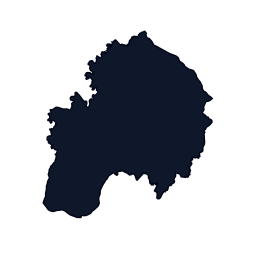 Can Loc, Ha Tinh, Vietnam (Robinson projection), rotated 192°
{"feature_id": "81297802B44635779635670", "entity_name": "Can Loc", "entity_type": "district", "adm_level": 2, "iso_a3": "VNM", "parent_name": "Vietnam", "parent_adm1": "Ha Tinh", "projection": "robinson", "projection_center": [105.744, 18.444], "detail": "fine", "context": "isolated", "style": "filled", "palette": "ink", "viewbox_px": 256, "rotation_deg": 192, "n_neighbors": 0, "source": "geoboundaries", "source_scale": "gbopen_adm2", "svg_char_len": 5847}
<svg xmlns="http://www.w3.org/2000/svg" viewBox="0 0 256 256"><g transform="rotate(192 128 128)"><path d="M195.3,37.1L189.1,31.7L187.9,31.1L185.2,30.7L183.2,31.0L180.7,32.5L175.0,34.4L171.9,33.6L169.9,32.5L166.2,31.0L159.1,30.0L155.6,30.7L155.2,32.9L152.6,33.2L150.5,33.9L146.8,36.8L146.5,37.9L145.7,39.3L144.5,40.5L141.0,45.6L140.5,48.4L142.1,52.7L142.0,55.8L141.6,57.5L142.1,60.3L142.1,61.7L140.7,67.5L138.7,72.9L137.9,74.0L137.1,77.0L133.7,80.7L132.9,81.2L132.0,81.2L131.6,80.6L131.1,80.8L131.1,80.3L130.6,80.4L129.7,79.5L128.8,79.7L128.4,80.6L128.8,81.0L129.0,82.6L128.3,83.6L126.9,84.0L124.8,85.0L120.1,83.8L119.6,84.1L118.7,83.7L118.3,83.0L116.6,82.4L115.5,82.9L114.1,84.2L112.4,84.0L111.2,83.1L109.0,79.3L108.3,78.9L103.3,87.2L102.2,86.9L101.2,87.3L98.3,86.1L97.4,83.1L96.7,82.9L95.0,78.6L93.3,77.5L93.2,78.3L93.0,78.5L92.7,77.7L91.7,77.5L91.8,78.7L90.9,78.8L90.6,79.2L89.5,79.3L89.3,78.5L88.7,78.4L88.5,78.7L88.9,79.3L87.7,80.1L87.3,78.9L89.0,72.0L85.8,70.9L85.9,69.4L85.4,68.8L85.4,66.4L85.0,65.4L84.1,65.0L82.5,65.5L81.8,66.8L81.2,69.4L79.8,73.4L78.3,73.4L78.1,74.9L76.8,75.1L76.3,76.7L76.4,78.4L76.0,80.0L75.4,80.4L74.0,80.8L73.2,82.7L71.6,84.1L71.4,85.6L72.7,87.5L71.5,90.4L72.0,94.3L67.5,93.7L65.9,91.4L61.6,91.7L61.4,92.7L60.4,93.4L59.9,93.2L60.0,92.5L59.9,92.2L59.0,92.7L58.8,94.2L57.8,95.4L58.1,95.9L58.7,95.5L59.1,95.7L58.2,97.9L58.4,98.7L58.1,99.4L58.4,99.9L58.9,100.2L59.2,101.2L59.6,101.7L59.5,102.7L60.0,103.4L59.1,103.8L58.2,105.9L58.6,107.3L59.7,107.7L59.6,109.2L58.4,110.4L58.5,111.6L59.2,111.0L59.4,111.4L59.0,112.7L58.5,113.0L58.0,112.6L57.5,113.0L56.0,112.8L55.4,113.3L53.9,113.3L53.5,113.6L52.7,113.3L52.4,114.9L51.9,115.3L52.5,115.8L52.3,116.5L53.0,118.0L52.5,119.0L51.9,119.2L50.2,120.8L50.4,123.3L50.6,123.6L50.8,125.0L50.0,127.4L50.1,129.8L52.5,138.3L52.0,139.9L53.3,141.6L52.9,142.7L51.9,142.8L51.8,144.7L48.6,148.1L47.9,149.7L47.2,150.5L47.1,151.1L47.5,152.6L48.1,153.2L50.8,153.9L52.0,155.3L53.7,155.2L54.5,156.2L57.4,157.5L58.7,158.3L57.5,161.6L58.5,164.4L57.5,169.3L56.6,170.4L54.7,171.2L53.5,172.1L51.8,174.4L53.9,175.7L55.8,176.4L57.5,177.4L58.3,178.4L60.1,179.4L61.4,179.7L62.2,180.3L63.3,181.6L64.6,185.1L65.9,186.4L66.8,187.8L69.4,189.9L71.7,192.3L72.6,194.4L75.7,197.5L76.8,197.9L81.0,198.2L85.3,200.1L86.1,201.3L87.1,202.1L89.2,203.2L91.3,203.8L93.6,207.2L96.1,208.4L102.7,209.4L117.6,213.9L120.2,214.4L120.5,215.1L122.9,217.7L125.7,219.8L126.3,220.0L127.5,219.7L128.6,220.8L130.0,222.8L129.8,224.4L131.6,226.0L132.3,225.9L133.0,224.9L134.6,224.4L135.2,223.5L136.0,223.0L136.9,221.4L137.3,218.9L138.7,219.2L141.2,218.9L143.0,217.7L143.1,216.6L142.8,216.1L143.9,215.1L144.0,214.4L144.6,213.8L144.3,213.1L144.7,212.4L144.6,211.8L144.8,211.5L144.7,210.6L144.1,210.3L144.8,209.5L144.9,209.0L145.4,209.0L145.5,208.5L145.8,209.0L146.0,208.3L146.3,208.4L146.5,208.1L146.8,208.4L147.0,208.1L147.5,208.4L151.6,208.5L151.7,207.8L152.1,207.6L153.6,208.1L158.4,211.5L159.5,210.8L159.7,209.5L160.4,209.5L160.7,208.9L161.5,208.7L160.7,207.9L161.0,206.6L161.7,205.9L161.2,205.4L161.7,204.2L163.1,205.5L162.8,206.1L163.0,206.3L165.4,205.8L165.4,205.2L166.0,204.7L165.6,204.5L165.6,204.0L165.0,204.2L164.2,203.7L164.3,203.2L163.9,202.5L164.5,202.1L164.8,201.2L164.4,200.0L164.8,199.3L163.9,199.1L164.4,198.0L164.4,197.4L164.9,197.2L165.2,196.4L165.9,197.3L165.9,196.6L166.7,196.8L167.1,197.5L167.7,197.1L169.0,197.1L168.9,196.6L169.6,195.7L169.3,195.0L169.6,194.2L168.9,194.0L168.7,193.2L168.1,192.6L168.6,192.2L168.5,191.7L169.3,191.0L171.6,191.3L173.0,192.0L173.4,191.9L173.4,191.5L172.9,190.7L173.7,189.8L172.9,188.5L172.8,186.6L173.1,185.3L173.6,184.5L174.5,184.3L177.0,186.4L179.2,185.4L180.3,182.4L180.1,181.9L178.9,181.6L178.0,180.8L177.8,180.3L178.0,178.7L177.0,177.0L176.3,176.4L174.4,175.9L173.9,174.1L174.1,173.4L174.8,172.9L176.2,174.0L177.0,174.1L179.4,173.7L180.1,173.3L181.0,170.8L180.7,170.3L179.0,169.7L178.9,169.1L179.4,167.7L179.1,167.2L178.7,167.1L177.4,167.8L176.0,169.5L175.5,169.7L175.0,169.4L172.9,167.8L172.6,167.2L172.8,165.7L172.4,163.4L173.6,161.6L173.7,160.8L172.7,160.5L171.6,160.9L170.8,160.8L170.6,160.1L171.1,158.3L170.5,157.9L169.6,158.3L168.5,160.7L167.6,161.0L167.1,160.6L166.6,158.4L165.1,157.6L164.8,156.9L164.9,156.1L166.6,153.4L167.3,153.1L168.8,153.3L169.4,152.7L169.3,150.9L167.5,150.2L167.3,149.5L167.8,148.8L170.1,148.8L171.0,148.0L171.4,146.2L170.2,143.6L170.7,140.2L171.1,139.8L171.6,139.8L173.0,140.2L173.6,140.8L173.4,143.5L174.0,145.3L174.6,145.5L176.4,145.0L177.1,145.2L182.2,149.7L185.5,152.0L186.4,152.1L187.0,151.2L186.4,148.8L186.6,148.0L187.3,147.6L189.5,147.2L190.3,146.4L190.6,145.6L190.4,144.3L189.8,143.6L186.6,143.1L186.1,142.7L186.2,142.2L187.7,140.9L188.1,140.1L187.5,138.4L187.3,137.0L187.6,135.5L188.2,133.9L189.0,133.5L191.5,133.9L195.5,133.0L200.7,133.6L201.2,133.3L202.6,133.4L205.7,130.2L207.8,129.6L207.7,129.2L206.6,127.7L206.4,126.9L206.7,126.5L208.4,125.9L208.9,125.1L208.6,124.5L207.1,123.8L206.6,121.7L206.7,121.1L208.0,119.6L207.9,118.8L205.8,118.6L205.1,117.2L204.6,116.8L204.1,117.2L203.7,117.8L204.4,119.0L204.2,119.4L201.9,120.0L200.8,119.1L199.5,118.5L199.6,117.7L199.4,115.6L200.5,113.8L200.9,111.6L201.6,111.3L202.7,111.5L203.5,110.7L204.2,110.5L203.0,108.9L202.1,108.7L202.3,107.1L201.5,106.8L201.2,105.8L201.3,104.8L201.9,104.6L202.5,103.8L203.2,103.9L204.7,102.9L205.0,102.2L204.8,100.1L204.2,99.3L202.9,99.0L202.9,97.3L202.6,97.0L198.0,95.4L199.1,94.3L199.2,93.4L198.2,92.1L196.7,93.2L194.9,91.7L192.4,91.8L192.5,89.0L192.8,87.8L193.6,87.2L192.6,86.3L192.2,85.2L192.2,82.4L192.5,81.2L191.9,81.0L191.9,80.0L192.0,79.7L192.5,79.5L193.4,78.6L193.4,77.9L194.0,77.1L194.8,75.2L195.5,74.6L195.7,73.9L195.4,73.0L196.4,71.0L196.1,70.2L196.2,68.0L196.0,67.6L196.3,66.0L194.6,63.3L194.6,62.2L195.5,59.0L195.3,57.0L195.6,54.3L195.0,50.9L195.0,47.2L194.3,44.0L195.1,40.1L195.3,37.1Z" fill="#0f172a" stroke="#020617" stroke-width="1.5"/></g></svg>